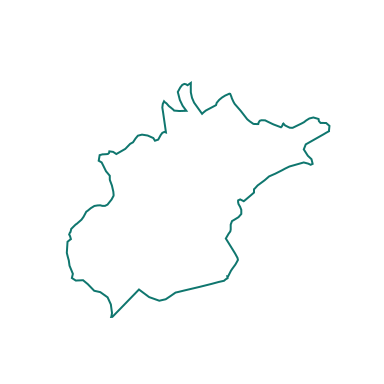 Tamy Al-Amdid, Ad Daqahliyah, Egypt, rotated 139°
{"feature_id": "37247803B352337860507", "entity_name": "Tamy Al-Amdid", "entity_type": "district", "adm_level": 2, "iso_a3": "EGY", "parent_name": "Egypt", "parent_adm1": "Ad Daqahliyah", "projection": "equal_earth", "projection_center": [31.578, 30.948], "detail": "fine", "context": "isolated", "style": "outline", "palette": "teal", "viewbox_px": 384, "rotation_deg": 139, "n_neighbors": 0, "source": "geoboundaries", "source_scale": "gbopen_adm2", "svg_char_len": 2987}
<svg xmlns="http://www.w3.org/2000/svg" viewBox="0 0 384 384"><g transform="rotate(139 192 192)"><path d="M334.9,150.7L334.0,150.0L313.6,151.7L296.0,153.2L295.7,151.8L293.3,140.8L288.0,131.4L282.2,128.3L276.8,127.6L270.4,126.9L268.2,125.7L261.8,122.4L248.5,115.4L237.3,109.7L230.9,106.6L226.1,104.0L225.0,104.0L223.9,104.0L221.7,103.6L220.7,105.2L220.2,104.6L214.3,107.0L212.1,107.6L206.8,108.8L204.0,109.8L201.9,110.6L200.9,112.4L199.8,117.4L198.3,126.6L197.3,132.8L197.0,134.7L191.7,136.5L189.0,137.1L187.4,138.3L184.2,142.0L180.9,143.8L177.7,143.2L173.4,142.5L169.2,143.1L166.5,146.2L165.4,149.3L164.8,152.4L163.8,154.2L162.7,155.4L160.5,154.8L159.0,151.1L156.8,151.0L149.3,150.9L149.2,150.9L145.6,150.9L143.4,153.4L142.4,153.4L138.1,153.9L129.5,153.2L123.6,153.2L117.8,151.4L117.2,151.2L109.7,149.3L106.5,148.6L101.7,147.3L88.3,141.0L85.7,137.2L84.6,134.7L82.5,134.1L81.9,135.2L80.3,138.4L80.8,143.4L79.7,150.8L74.9,153.3L54.7,149.2L51.9,148.7L48.7,148.0L48.2,148.6L44.9,151.7L45.1,153.3L45.5,156.1L49.7,159.8L49.7,162.3L48.6,164.1L51.5,168.6L55.2,170.5L58.9,171.1L61.6,171.2L64.3,171.8L69.1,173.1L73.9,174.4L76.0,176.3L77.1,178.8L78.1,181.3L78.1,183.7L78.7,183.7L79.7,183.1L81.3,182.5L82.4,182.5L83.2,184.0L86.1,189.4L86.7,190.7L88.8,195.6L89.8,198.1L92.5,200.6L94.1,201.3L96.2,200.7L97.4,199.8L97.8,200.1L100.5,202.6L101.0,203.2L102.1,207.6L102.4,209.4L102.6,210.7L102.0,221.2L102.0,224.3L102.0,230.5L101.5,233.0L100.4,236.7L99.8,238.0L98.8,241.0L99.3,241.7L101.4,242.3L103.6,243.0L107.3,243.6L111.0,243.7L114.8,243.1L116.9,241.8L125.5,243.8L128.1,244.4L131.3,244.5L133.1,244.4L131.8,258.1L130.2,263.1L127.5,268.0L123.2,273.0L122.1,274.2L121.3,275.1L125.3,275.5L125.9,277.3L126.9,278.6L129.1,279.2L132.3,278.6L137.1,276.8L140.8,269.4L142.5,263.2L143.0,257.0L148.4,261.4L152.1,265.2L152.1,266.4L152.6,269.5L153.1,272.0L153.1,275.7L153.6,277.6L153.6,278.8L156.3,277.6L159.0,275.2L161.7,270.9L172.6,254.0L173.5,255.5L175.6,256.1L178.3,255.5L183.1,253.7L186.3,255.0L185.8,258.1L188.4,263.7L192.1,268.1L195.9,270.0L199.6,269.4L203.9,268.2L207.1,268.9L214.1,268.3L224.2,270.3L225.2,274.0L227.7,276.9L229.0,275.9L230.6,275.9L231.6,276.6L233.2,277.8L234.8,279.1L237.5,280.4L241.9,276.8L240.8,273.6L241.6,270.4L243.3,264.0L243.3,262.5L243.4,258.2L245.9,255.3L246.3,254.5L248.2,249.4L251.2,243.8L253.1,241.2L253.7,240.6L255.3,240.0L257.6,239.1L263.1,238.1L264.0,237.9L266.7,238.6L268.8,240.4L270.0,242.2L272.2,243.9L273.7,244.8L274.8,245.5L279.0,246.2L283.2,246.3L284.7,246.5L286.5,245.8L290.2,244.4L293.6,243.6L295.0,243.6L300.5,243.6L300.9,243.8L304.1,243.6L306.8,243.4L307.3,243.4L310.0,241.5L310.7,241.5L312.6,240.5L313.0,238.7L314.3,235.9L315.2,236.0L318.6,236.1L326.4,228.2L328.1,224.9L329.5,222.0L329.8,221.3L331.9,218.1L332.8,216.7L334.5,211.6L335.6,208.4L336.4,207.8L337.0,207.4L339.1,205.9L337.8,201.4L332.1,196.9L331.1,190.9L330.6,181.6L328.6,178.9L326.9,176.6L324.8,167.9L327.0,160.4L331.8,153.1L334.4,151.0L334.9,150.7Z" fill="none" stroke="#0f766e" stroke-width="2"/></g></svg>